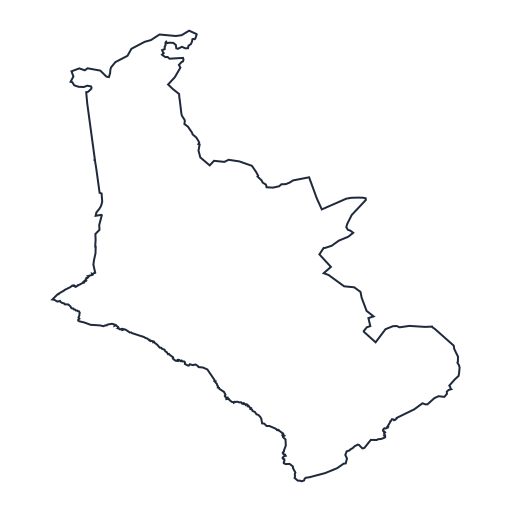 Asares pag., Aknistes, Latvia (Robinson projection)
{"feature_id": "27541924B18984780687847", "entity_name": "Asares pag.", "entity_type": "district", "adm_level": 2, "iso_a3": "LVA", "parent_name": "Latvia", "parent_adm1": "Aknistes", "projection": "robinson", "projection_center": [25.901, 56.138], "detail": "fine", "context": "isolated", "style": "outline", "palette": "slate", "viewbox_px": 512, "rotation_deg": 0, "n_neighbors": 0, "source": "geoboundaries", "source_scale": "gbopen_adm2", "svg_char_len": 5956}
<svg xmlns="http://www.w3.org/2000/svg" viewBox="0 0 512 512"><path d="M52.4,299.5L54.3,299.8L57.4,301.6L59.9,300.9L60.2,301.6L61.9,302.8L64.3,303.5L64.7,304.3L68.4,304.5L70.5,306.5L71.4,308.2L73.4,308.6L73.8,309.4L75.0,309.6L75.9,310.5L77.1,310.5L77.9,311.2L78.9,311.3L79.7,312.6L79.2,316.1L78.5,317.5L79.4,318.7L78.2,319.7L78.2,320.6L79.3,321.3L84.4,322.5L90.5,324.8L100.0,325.4L103.5,326.2L105.2,325.4L106.7,325.4L107.4,324.6L111.9,323.8L113.9,324.3L114.2,324.7L115.2,324.8L114.8,325.7L115.9,325.3L118.0,326.9L118.4,327.4L118.0,327.9L118.4,328.3L118.1,328.4L120.1,329.4L121.4,328.9L121.8,328.9L121.7,329.6L122.1,329.8L122.7,329.7L122.5,329.2L123.1,329.1L123.7,329.2L123.4,329.7L124.5,329.4L125.7,329.7L129.8,332.5L131.0,332.4L132.2,333.2L144.2,337.1L145.1,337.8L147.2,338.5L148.8,339.8L149.5,339.8L149.5,340.5L150.7,341.1L151.1,340.8L152.8,341.2L153.1,342.2L153.6,342.0L153.5,341.5L154.0,341.6L154.4,342.2L154.3,342.5L157.2,344.7L159.8,347.7L161.4,347.8L162.1,348.9L164.4,349.6L165.4,351.4L166.9,352.3L168.0,354.2L169.1,354.0L169.6,354.8L173.0,357.2L173.2,357.7L172.8,358.3L173.3,359.0L175.5,360.7L177.8,361.0L177.6,359.9L178.0,359.7L179.3,360.0L180.4,361.0L181.6,360.5L181.8,360.7L181.4,361.2L184.5,361.6L185.0,362.7L184.9,364.0L187.8,365.5L188.9,365.5L189.7,364.3L193.0,365.1L195.5,364.5L197.8,366.0L198.6,367.1L202.9,367.5L207.4,369.5L214.5,380.0L214.3,381.0L215.6,381.3L215.3,382.2L217.1,384.2L217.2,385.3L218.0,386.3L217.8,387.5L219.1,387.9L219.3,388.8L224.0,391.9L225.5,394.8L224.8,395.9L225.9,397.6L227.0,397.6L226.7,398.3L227.4,398.1L227.2,398.8L228.0,398.5L228.3,398.7L227.8,399.0L229.1,399.5L230.6,401.0L232.1,402.0L233.7,402.1L233.8,402.6L234.7,401.9L235.0,402.2L235.8,401.8L237.7,401.8L239.3,402.4L241.1,402.3L241.6,403.0L242.4,403.2L242.3,403.5L243.2,403.6L243.8,403.1L244.3,403.5L244.0,404.1L245.8,404.3L245.9,404.9L246.9,404.4L248.3,405.6L247.9,406.3L249.1,406.5L249.9,407.6L250.9,408.0L250.4,409.0L252.0,409.5L252.5,410.9L254.9,412.0L256.4,414.2L258.4,415.0L260.1,416.7L261.3,418.7L262.1,423.4L264.2,423.6L266.6,426.0L269.4,426.0L275.3,428.5L276.8,429.6L277.9,429.8L277.6,430.2L278.9,430.5L283.2,433.6L283.2,434.0L282.8,434.2L283.6,435.0L283.2,435.2L283.7,435.5L283.4,435.6L284.0,435.9L282.9,436.5L283.1,437.3L285.5,439.4L285.8,445.6L284.0,450.3L283.9,451.6L282.9,452.4L282.7,453.0L283.4,454.0L284.9,454.5L285.7,455.8L283.7,456.4L282.6,457.9L282.9,458.6L284.0,459.1L283.8,459.4L284.4,460.0L284.5,460.7L283.7,462.3L283.8,463.2L285.6,464.1L289.6,463.9L292.7,466.3L293.1,467.3L292.9,468.0L295.4,472.6L294.8,474.0L295.0,476.4L294.6,477.9L297.7,480.6L300.2,480.7L301.8,481.3L304.1,480.4L304.7,478.6L306.0,477.7L309.2,477.3L325.1,473.1L337.1,468.2L343.6,463.7L345.7,463.4L347.0,458.5L345.3,454.9L346.7,451.3L349.6,450.4L350.1,449.6L352.7,448.1L354.8,446.1L357.9,444.6L359.0,445.0L362.3,448.3L363.4,448.3L364.5,447.8L370.8,439.9L376.6,440.0L377.9,439.3L381.4,438.9L384.7,437.6L385.2,437.0L385.1,436.2L384.5,436.2L384.1,435.4L384.9,435.2L384.1,433.2L385.1,432.4L384.4,431.5L383.6,431.4L383.0,430.7L383.3,429.3L384.4,428.3L385.6,428.5L387.6,427.6L387.3,427.0L388.2,426.6L387.9,425.9L390.0,422.4L390.3,421.3L390.7,421.3L392.0,419.2L393.6,419.5L394.0,420.2L395.1,419.9L396.8,418.3L396.7,417.9L414.3,409.3L422.5,403.3L425.2,404.3L427.5,404.3L434.4,398.1L438.6,396.2L444.3,396.9L446.9,393.9L446.8,391.6L448.6,390.0L451.2,389.2L450.6,388.7L450.3,387.2L449.3,385.6L454.9,379.3L458.6,375.9L459.1,372.9L459.6,367.5L459.0,365.3L457.4,362.6L457.9,361.5L458.0,356.7L454.3,349.1L453.7,345.6L434.8,328.9L432.0,327.0L432.0,326.6L425.0,326.9L409.4,325.9L399.7,327.3L396.6,326.0L392.9,326.2L385.5,329.2L375.6,342.3L364.0,331.9L363.7,331.1L366.8,327.3L370.3,326.1L368.4,318.1L373.6,316.4L366.6,310.9L361.7,297.9L360.5,291.9L354.2,287.3L344.1,286.3L328.6,275.0L323.7,273.2L330.9,266.9L319.4,254.4L323.6,248.0L324.8,248.0L331.6,245.8L338.7,240.7L348.3,236.7L353.2,232.8L350.6,230.8L347.8,229.7L346.3,227.2L347.2,224.0L351.7,215.0L365.8,200.0L365.7,198.3L362.7,197.7L357.7,197.6L351.1,197.8L346.2,198.7L321.8,209.4L316.8,198.4L309.1,177.3L293.1,180.4L289.8,182.5L285.9,184.1L281.3,184.3L279.3,186.2L278.1,186.5L273.1,187.6L266.6,187.3L265.9,184.6L262.6,182.5L261.6,180.4L257.5,176.5L258.1,175.6L256.0,171.8L251.9,165.8L239.3,161.4L228.6,159.8L224.3,161.9L214.0,160.8L209.7,165.4L200.3,157.4L198.5,150.6L199.6,144.7L198.4,144.1L199.3,142.9L198.5,141.1L196.3,137.5L192.6,134.4L192.1,132.8L187.9,126.6L184.4,124.0L184.8,121.2L184.7,120.1L181.9,115.7L181.4,113.7L179.6,98.7L179.4,98.4L179.1,94.0L172.8,89.0L168.1,84.5L174.9,77.1L180.4,67.6L178.9,64.9L181.6,62.0L183.0,61.4L183.5,59.6L183.0,57.9L169.5,58.7L167.6,57.0L165.3,57.1L162.0,54.7L163.7,53.1L163.0,52.2L162.1,50.1L164.7,49.1L164.7,46.5L165.5,45.5L165.5,42.6L166.2,41.7L167.1,43.1L169.5,42.7L173.3,42.9L175.8,44.9L176.3,48.3L177.9,48.8L181.9,46.8L185.3,48.3L188.0,48.2L188.5,45.7L190.9,44.1L192.0,41.6L192.4,39.2L193.0,38.9L194.6,39.2L195.3,38.6L196.7,34.4L196.4,34.0L189.1,30.7L181.6,35.2L175.9,36.0L159.5,34.5L150.9,40.1L144.7,41.8L131.4,48.8L127.5,55.8L115.4,62.1L111.1,67.3L110.4,69.5L110.1,73.1L108.9,77.1L106.4,76.6L100.3,70.6L87.6,68.3L84.8,70.3L79.3,68.4L71.5,71.3L73.4,76.5L70.6,81.8L72.3,82.2L74.2,85.3L78.6,86.8L83.8,87.0L87.3,85.7L90.9,86.4L91.5,87.3L91.3,88.8L88.1,91.8L86.2,92.2L87.2,103.2L94.9,159.8L94.6,160.0L94.9,160.2L96.2,168.1L99.6,192.8L101.6,193.5L102.2,201.8L101.1,205.8L99.5,208.6L96.4,212.5L95.6,215.8L101.2,214.9L101.8,215.2L99.2,225.1L99.5,229.8L95.4,234.0L95.6,239.9L95.2,246.6L95.7,246.7L95.5,253.3L93.9,260.6L93.4,264.7L95.2,272.8L93.6,273.3L92.8,274.5L91.9,273.9L92.0,275.0L88.5,275.9L89.0,276.2L88.1,277.3L86.8,277.7L87.1,278.2L85.9,279.0L85.9,280.4L85.3,280.2L84.2,281.2L85.1,281.3L84.3,281.8L83.8,282.8L83.2,282.6L79.7,284.6L77.8,285.2L77.7,285.7L75.6,286.9L75.2,286.7L75.1,286.1L74.2,286.0L74.0,285.3L73.3,285.3L73.0,285.9L72.2,285.7L70.2,287.2L64.5,290.0L64.3,290.4L58.9,293.5L58.7,293.0L58.6,294.2L57.5,294.4L52.4,299.5Z" fill="none" stroke="#1e293b" stroke-width="2"/></svg>